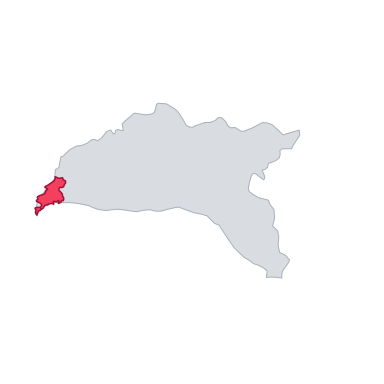 location of Briceni within Moldova, rotated 309°
{"feature_id": "MDA-1613", "entity_name": "Briceni", "entity_type": "District", "adm_level": 1, "iso_a3": "MDA", "parent_name": "Moldova", "parent_adm1": "", "projection": "robinson", "projection_center": [26.94, 48.261], "detail": "fine", "context": "in_parent", "style": "filled", "palette": "rose", "viewbox_px": 384, "rotation_deg": 309, "n_neighbors": 0, "source": "natural_earth", "source_scale": "10m", "svg_char_len": 3023}
<svg xmlns="http://www.w3.org/2000/svg" viewBox="0 0 384 384"><g transform="rotate(309 192 192)"><path d="M76.6,85.9L78.0,83.1L91.4,75.5L94.9,76.8L101.9,77.1L116.2,76.8L123.3,71.8L127.6,73.2L131.1,70.9L137.0,68.1L137.9,68.7L138.6,69.2L147.8,70.4L154.7,73.1L159.3,77.3L164.0,79.9L168.9,80.9L171.6,83.0L172.2,86.2L176.8,87.7L185.4,87.7L189.0,89.8L187.7,94.0L188.6,95.4L191.7,93.9L194.0,95.2L195.3,98.3L196.6,99.8L201.0,94.9L205.6,95.4L216.9,97.4L222.9,107.6L226.7,111.2L230.0,112.7L234.1,111.1L237.8,109.2L239.9,110.1L244.5,116.8L245.6,125.6L245.7,129.2L244.1,135.2L241.9,141.5L240.1,145.6L240.9,149.0L242.6,151.8L245.3,152.7L254.1,158.3L257.3,162.2L262.1,165.1L265.7,165.3L267.6,166.9L268.3,168.9L267.9,173.9L265.9,178.6L266.2,181.6L269.4,185.2L269.8,189.3L270.1,192.0L271.8,194.1L279.9,198.6L290.3,203.1L293.0,206.9L294.7,211.7L294.3,219.8L293.7,226.8L307.5,236.3L306.0,238.0L303.9,240.0L290.9,241.4L288.3,242.2L282.5,235.1L279.5,234.2L276.8,236.8L273.5,238.3L269.6,237.5L265.3,235.3L263.2,233.8L261.5,233.6L258.9,235.2L255.4,234.5L253.1,232.7L249.8,238.8L247.8,240.1L246.5,239.9L246.2,229.6L245.2,228.0L242.6,227.8L236.3,230.2L230.3,233.4L228.3,236.2L228.5,241.3L229.5,247.3L233.7,256.5L231.4,260.5L229.9,266.8L223.5,272.7L216.2,276.1L215.7,283.0L211.6,287.8L204.7,292.5L200.1,298.3L201.3,302.2L201.6,305.9L200.8,308.4L200.7,310.4L198.8,311.3L188.2,312.0L185.2,313.2L181.7,315.9L178.4,310.7L175.0,306.2L172.5,303.7L173.6,302.6L176.2,301.3L178.1,299.8L177.9,294.4L176.4,288.2L175.1,285.2L175.0,280.5L174.0,273.2L175.2,259.6L180.4,242.5L183.3,234.0L181.8,229.3L182.9,218.5L180.6,213.1L176.9,206.1L171.7,190.8L165.3,185.5L157.3,179.7L154.0,175.3L151.7,170.4L147.0,165.6L141.6,161.2L135.1,150.1L131.8,145.1L130.7,143.8L123.4,136.7L119.5,130.3L117.6,125.0L116.4,120.2L111.3,110.5L106.6,103.3L102.2,98.2L100.1,94.5L94.9,89.9L87.5,86.3L82.8,85.6L76.6,85.9Z" fill="#d9dde1" stroke="#a8b0b8" stroke-width="1"/><path d="M83.3,85.9L82.6,85.8L81.1,84.7L79.6,84.8L76.5,86.0L76.6,85.3L77.0,84.1L77.7,83.1L79.9,81.9L80.2,80.9L80.6,80.2L81.8,80.6L82.7,81.4L83.4,82.4L84.2,83.3L85.4,83.8L86.7,83.7L87.4,83.1L87.7,82.1L87.7,80.5L87.3,79.0L87.0,78.0L86.9,77.2L87.6,76.4L88.0,76.4L89.0,76.8L89.5,76.8L90.0,76.3L90.2,75.7L90.4,75.2L91.2,75.0L93.3,75.8L95.4,77.3L97.7,78.5L100.1,78.1L100.8,77.5L101.2,77.6L101.7,77.8L102.4,77.8L103.2,77.9L103.5,77.7L103.4,77.3L103.2,76.9L103.2,76.5L103.2,76.0L103.0,75.3L103.1,74.7L103.8,74.5L104.5,74.7L105.8,75.4L112.8,77.6L114.9,77.7L117.4,76.6L117.7,76.2L117.9,76.5L118.9,80.1L121.6,82.4L120.5,84.1L121.0,86.8L119.3,88.1L117.2,88.2L115.3,88.9L113.4,88.0L112.7,86.5L111.1,86.3L109.6,87.6L109.3,90.1L108.9,92.4L107.5,93.9L106.6,96.1L105.1,97.2L104.5,97.3L104.5,97.2L104.2,96.8L103.6,96.4L103.0,96.2L102.2,96.7L101.0,96.4L99.2,95.5L99.2,95.0L100.5,94.9L101.2,94.3L101.2,93.6L99.0,92.9L98.5,92.0L98.2,91.0L97.4,90.4L96.8,90.9L96.0,91.8L95.4,92.1L95.1,90.7L94.7,90.1L92.0,87.7L91.3,88.1L89.8,86.5L88.7,86.1L86.0,86.5L84.7,86.3L84.0,85.0L83.3,85.9Z" fill="#f43f5e" stroke="#9f1239" stroke-width="1.5"/></g></svg>